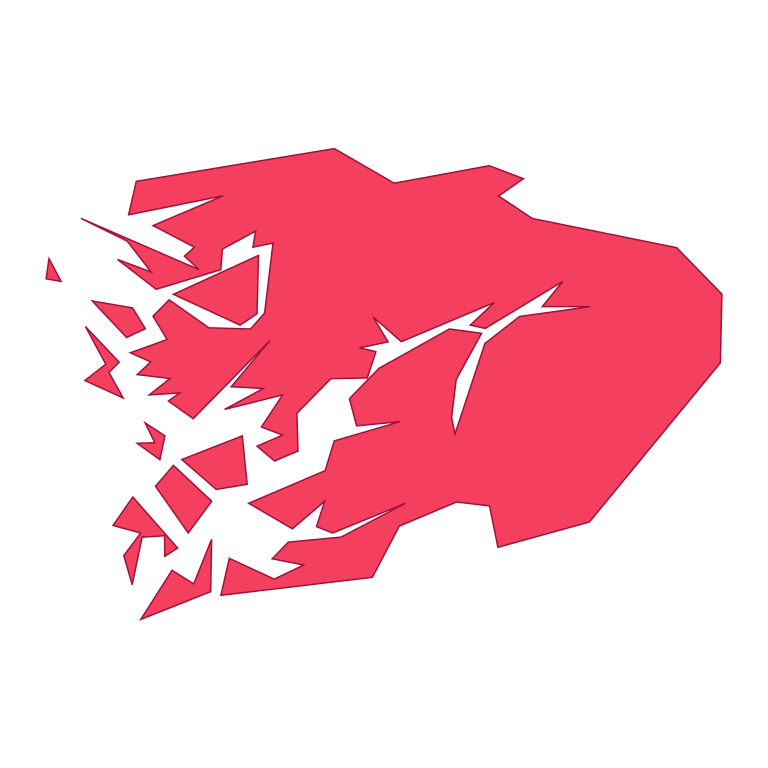 outline of Hordaland
{"feature_id": "NOR-913", "entity_name": "Hordaland", "entity_type": "County", "adm_level": 1, "iso_a3": "NOR", "parent_name": "Norway", "parent_adm1": "", "projection": "robinson", "projection_center": [5.687, 60.257], "detail": "medium", "context": "isolated", "style": "filled", "palette": "rose", "viewbox_px": 768, "rotation_deg": 0, "n_neighbors": 0, "source": "natural_earth", "source_scale": "10m", "svg_char_len": 1932}
<svg xmlns="http://www.w3.org/2000/svg" viewBox="0 0 768 768"><path d="M220.9,595.3L229.3,558.4L274.2,579.1L303.7,565.0L272.2,558.8L288.3,542.1L341.1,537.1L405.4,503.3L332.6,533.0L316.5,526.6L324.7,501.2L292.4,528.8L248.7,503.3L325.2,470.6L334.2,440.9L400.2,421.6L356.6,425.9L349.4,398.7L379.0,368.3L449.4,329.0L481.6,333.3L456.2,379.5L451.6,417.5L455.0,433.9L484.9,343.5L519.5,316.5L590.4,306.6L542.3,306.6L562.6,281.5L485.3,328.4L470.3,325.1L494.2,302.6L401.3,341.7L373.1,317.0L388.1,341.9L359.5,347.8L375.9,351.7L367.3,377.9L330.9,378.7L296.9,413.3L298.0,451.0L274.5,461.0L257.0,446.2L282.6,435.1L261.4,427.0L282.6,394.9L224.6,409.4L263.3,388.5L231.2,386.7L269.9,340.6L193.2,418.7L168.4,401.0L179.6,393.0L149.3,394.9L169.9,378.5L137.2,374.6L150.7,361.9L130.3,352.8L167.1,339.5L153.0,316.2L169.1,299.8L208.9,327.8L250.5,329.0L264.6,313.0L273.0,243.0L252.9,247.2L255.6,231.1L222.4,249.1L220.8,269.7L156.2,289.3L117.6,259.5L151.1,272.0L127.2,241.1L80.9,218.4L199.1,269.7L184.4,256.1L194.4,247.2L153.0,225.6L223.3,195.7L128.6,214.8L136.3,181.3L334.3,148.6L394.2,183.2L489.2,165.7L523.4,178.7L498.6,196.0L532.3,218.5L676.7,247.7L721.9,294.1L720.4,362.8L589.4,522.0L497.9,547.3L489.5,505.9L456.5,502.0L399.3,526.1L372.4,577.3L220.9,595.3ZM258.5,255.4L257.0,313.8L240.0,325.1L173.4,294.3L258.5,255.4ZM140.8,619.4L172.0,570.3L193.7,583.9L211.6,539.3L210.7,591.6L140.8,619.4ZM211.7,501.2L188.2,533.0L155.5,486.2L173.4,465.4L211.7,501.2ZM242.3,435.9L247.2,484.3L216.2,489.4L181.8,459.5L242.3,435.9ZM132.8,497.0L177.6,548.0L164.8,556.3L164.5,535.7L142.1,537.2L132.2,584.8L123.8,555.6L140.7,533.0L113.0,525.5L132.8,497.0ZM123.2,398.0L84.9,380.5L105.8,364.2L85.4,326.5L119.2,362.2L109.0,372.4L123.2,398.0ZM92.3,301.0L132.6,307.9L145.3,328.7L126.6,337.5L92.3,301.0ZM164.9,435.8L159.9,459.7L137.2,443.3L154.8,442.7L145.1,422.9L164.9,435.8ZM49.0,258.6L61.1,281.4L46.1,278.8L49.0,258.6Z" fill="#f43f5e" stroke="#9f1239" stroke-width="1.5"/></svg>